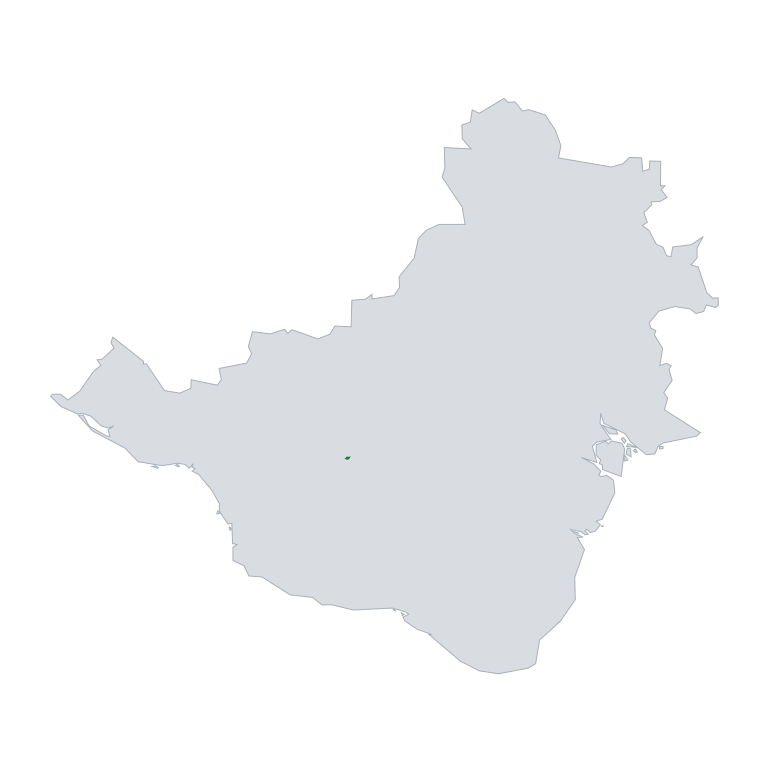 Nova Veneza, Goiás, Brazil shown in context, rotated 91°
{"feature_id": "56859067B10589714904622", "entity_name": "Nova Veneza", "entity_type": "district", "adm_level": 2, "iso_a3": "BRA", "parent_name": "Brazil", "parent_adm1": "Goiás", "projection": "natural_earth1", "projection_center": [-49.299, -16.355], "detail": "fine", "context": "in_parent", "style": "filled", "palette": "green", "viewbox_px": 768, "rotation_deg": 91, "n_neighbors": 0, "source": "geoboundaries", "source_scale": "gbopen_adm2", "svg_char_len": 4195}
<svg xmlns="http://www.w3.org/2000/svg" viewBox="0 0 768 768"><g transform="rotate(91 384 384)"><path d="M200.2,119.4L208.0,127.2L217.8,123.5L220.9,128.5L226.3,121.4L239.5,114.2L242.4,107.4L250.9,103.6L251.6,99.2L241.9,97.7L239.4,79.2L231.1,67.4L242.4,73.4L252.4,73.1L259.5,79.1L261.6,71.8L286.8,63.0L292.4,56.9L292.0,51.4L299.5,51.1L301.7,53.7L299.4,63.1L305.9,65.7L308.1,73.3L303.6,79.2L301.5,94.5L306.3,110.5L318.2,119.8L323.3,118.4L325.8,113.2L330.4,114.4L343.8,106.0L360.8,108.6L358.3,101.8L360.9,97.3L364.3,99.3L375.3,96.0L387.8,104.1L393.2,100.2L405.0,103.1L427.1,66.8L430.7,70.6L438.1,103.9L441.9,109.1L449.2,112.0L450.1,120.5L437.5,136.5L429.7,141.7L419.4,163.6L409.4,166.7L419.9,167.3L435.4,156.2L438.4,170.3L442.7,174.6L458.7,169.8L454.0,185.5L460.2,172.9L467.6,165.6L471.2,167.7L472.9,165.5L471.4,159.8L476.3,152.8L488.8,151.3L515.4,163.4L517.3,169.5L521.1,165.2L527.3,170.0L529.0,175.2L525.8,178.8L527.1,180.7L530.5,177.2L531.3,180.5L528.2,184.1L526.2,194.8L530.4,190.4L533.5,182.3L534.1,188.1L546.0,180.7L574.0,189.9L596.3,189.0L618.1,203.6L637.2,223.9L661.1,227.6L665.6,235.1L671.7,264.4L669.2,283.5L659.8,302.8L633.7,334.6L633.6,332.0L628.7,346.4L620.5,359.1L616.7,361.0L613.9,355.4L611.5,358.2L607.9,371.8L610.5,410.7L605.5,433.1L606.1,442.1L598.7,451.5L596.5,474.1L579.1,502.6L578.3,515.6L568.1,520.9L563.1,531.9L549.9,532.2L547.2,528.1L546.1,532.6L525.8,533.7L526.8,537.5L513.9,546.5L506.6,546.4L493.7,554.0L477.6,567.7L474.6,574.2L471.7,571.7L470.7,574.6L467.0,573.4L471.7,577.3L467.9,581.5L466.8,588.8L469.5,604.7L466.0,628.4L452.6,641.9L436.2,674.4L420.6,689.1L420.2,684.2L431.2,678.1L440.9,660.3L441.1,657.1L434.6,659.1L430.8,653.4L432.8,659.0L431.0,665.7L421.4,676.5L418.4,685.1L419.3,690.0L412.2,706.6L402.3,716.9L400.0,715.5L399.9,707.2L405.5,699.7L396.5,688.1L376.5,674.7L370.3,667.4L364.8,671.3L364.1,666.1L352.8,654.6L347.5,657.7L341.9,656.0L365.6,624.8L368.5,625.0L367.9,622.0L394.4,603.4L396.7,588.0L391.7,577.0L383.1,576.9L388.1,550.7L382.6,546.7L371.3,549.1L365.5,521.7L356.1,516.9L349.1,520.3L334.0,516.4L335.9,498.5L331.0,484.2L335.2,481.1L331.3,477.0L340.1,450.9L335.1,438.9L326.9,434.1L327.4,417.9L300.8,417.6L299.6,404.1L294.6,397.6L299.1,397.4L295.4,375.3L287.0,370.1L276.6,370.8L257.8,356.1L237.9,352.2L229.5,344.3L223.5,331.9L223.0,305.7L205.8,308.9L176.1,329.5L167.2,326.9L146.5,327.8L147.5,301.0L137.5,310.0L123.7,310.7L120.6,302.3L108.4,300.6L111.7,293.5L96.3,269.0L100.3,264.8L99.7,257.9L108.7,250.4L107.2,244.1L112.1,227.5L127.4,217.0L142.7,211.3L154.9,213.5L163.1,160.6L159.6,148.9L153.2,142.6L153.4,130.4L166.7,129.0L164.4,122.4L156.4,122.2L156.5,111.2L181.1,111.0L180.9,106.4L184.6,110.5L192.5,104.2L196.7,111.3L197.2,120.1L200.2,119.4ZM444.9,142.2L472.3,145.3L465.8,163.9L460.8,164.3L459.9,167.5L455.9,166.0L451.5,170.7L441.1,170.7L437.4,161.4L440.1,159.0L436.9,155.7L439.1,144.9L444.9,142.2ZM421.6,164.7L425.8,151.3L430.1,149.5L429.8,157.7L421.6,164.7ZM452.5,135.7L449.8,140.7L443.6,139.5L444.6,136.3L452.5,135.7ZM443.1,130.2L442.1,140.4L439.4,139.3L443.1,130.2ZM456.8,142.2L452.9,142.7L451.1,141.9L455.9,138.8L456.8,142.2ZM439.0,142.5L435.0,145.8L433.3,144.1L436.2,141.1L439.0,142.5ZM446.4,133.6L444.5,131.5L447.7,129.4L448.0,131.4L446.4,133.6ZM444.2,107.3L441.9,107.7L441.4,104.0L443.6,103.8L444.2,107.3ZM470.5,614.5L469.7,611.2L471.5,608.2L472.0,609.1L470.5,614.5ZM516.2,545.2L516.8,548.9L514.0,548.1L516.2,545.2ZM469.1,591.1L467.9,589.2L469.7,587.1L470.3,587.9L469.1,591.1ZM529.8,188.1L528.1,192.0L529.8,186.5L529.8,188.1ZM615.2,361.7L612.4,362.7L614.2,359.7L615.2,361.7ZM533.1,535.2L530.4,536.4L529.8,535.7L531.5,534.0L533.1,535.2ZM610.6,368.6L609.6,370.7L608.9,369.4L610.6,368.6ZM522.5,161.8L522.7,163.9L521.9,163.6L522.5,161.8Z" fill="#d9dde1" stroke="#a8b0b8" stroke-width="1"/><path d="M459.0,420.5L459.0,420.4L459.0,420.2L459.2,419.8L459.3,419.8L459.5,419.9L459.6,419.7L459.5,419.4L459.6,419.2L459.5,418.9L459.5,418.7L459.8,418.6L459.2,418.5L458.9,418.4L458.7,418.3L458.6,418.1L458.7,417.9L458.5,417.7L458.4,417.7L458.2,417.6L458.4,418.0L458.3,418.3L458.2,418.4L458.2,418.5L457.9,419.3L457.9,419.5L458.0,419.6L458.3,419.6L458.4,419.9L458.5,420.0L458.8,420.3L459.0,420.5Z" fill="#22c55e" stroke="#15803d" stroke-width="1.5"/></g></svg>